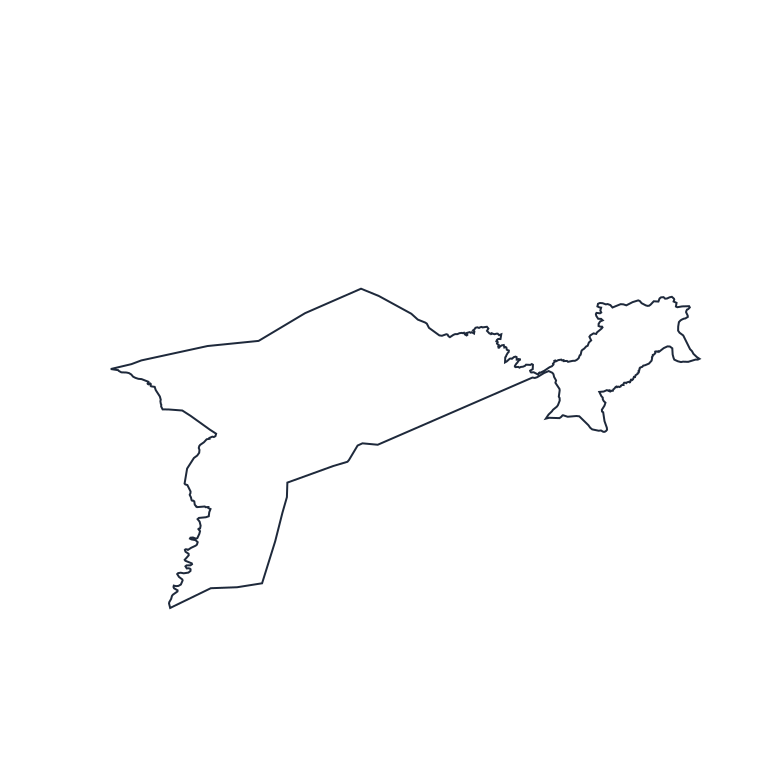 outline of San Pablo Coatlán, Oaxaca, Mexico, rotated 238°
{"feature_id": "50627088B61176301842626", "entity_name": "San Pablo Coatlán", "entity_type": "district", "adm_level": 2, "iso_a3": "MEX", "parent_name": "Mexico", "parent_adm1": "Oaxaca", "projection": "equal_earth", "projection_center": [-96.818, 16.154], "detail": "fine", "context": "isolated", "style": "outline", "palette": "slate", "viewbox_px": 768, "rotation_deg": 238, "n_neighbors": 0, "source": "geoboundaries", "source_scale": "gbopen_adm2", "svg_char_len": 6155}
<svg xmlns="http://www.w3.org/2000/svg" viewBox="0 0 768 768"><g transform="rotate(238 384 384)"><path d="M477.0,415.0L485.9,354.6L487.0,300.5L509.7,254.5L532.6,190.7L534.7,180.3L541.5,160.2L536.6,165.9L535.7,166.0L533.1,167.4L530.2,171.7L528.4,173.5L526.0,174.7L523.2,175.1L521.0,176.4L518.6,178.4L516.6,181.0L510.7,185.4L510.3,185.4L509.7,183.8L509.2,183.7L508.5,184.1L508.2,186.1L507.5,186.2L506.2,185.1L505.4,185.3L503.1,188.0L499.8,187.2L492.2,187.3L488.9,186.3L488.0,185.3L485.4,184.2L484.6,184.2L483.0,183.1L479.8,182.8L476.5,187.9L468.4,198.9L459.5,203.1L437.4,212.2L430.8,215.3L429.1,213.4L429.2,211.6L430.3,210.5L430.8,207.3L430.0,207.0L431.1,204.3L430.0,200.4L429.8,195.9L429.3,194.5L427.9,193.0L425.9,192.6L423.6,190.8L422.3,187.7L422.0,183.6L416.6,172.2L405.2,162.1L404.1,162.3L402.5,163.7L395.4,163.0L394.0,162.0L393.0,160.5L390.1,160.2L387.6,159.3L386.6,159.5L386.2,160.4L385.0,160.9L382.0,159.6L379.5,159.8L379.5,160.1L378.6,160.3L375.1,167.1L374.1,167.4L372.7,169.9L371.8,169.3L369.9,170.6L367.9,167.9L364.7,165.3L365.4,162.3L368.5,156.1L368.2,154.3L365.0,154.7L361.0,153.4L359.0,151.5L359.5,150.0L359.3,149.7L356.7,150.0L354.8,148.0L352.2,144.0L352.5,142.6L355.1,140.6L356.2,138.4L355.7,137.5L354.2,138.4L351.5,141.4L348.6,142.2L346.9,140.2L346.7,138.6L347.3,133.6L347.2,129.8L348.2,129.3L349.0,128.0L348.8,127.2L346.9,126.8L343.6,128.3L342.2,127.6L340.5,121.8L339.3,121.9L333.8,125.9L332.9,125.7L332.8,123.8L334.8,120.4L334.6,119.0L332.1,119.0L331.3,120.6L330.4,121.5L329.4,121.8L328.0,120.8L327.7,118.2L329.6,113.8L331.7,111.6L332.7,109.2L332.4,107.9L329.1,107.9L325.1,109.4L324.1,109.1L321.6,105.5L321.7,102.7L322.8,100.5L324.4,98.9L323.4,97.9L322.0,97.7L318.4,99.6L317.5,98.9L317.2,93.3L316.6,91.8L314.6,89.7L312.8,86.3L311.8,85.4L307.4,84.0L302.6,128.9L289.5,151.7L279.6,175.0L308.3,208.4L328.7,229.7L339.5,241.7L351.6,249.8L341.3,297.7L337.4,311.8L338.1,314.0L345.8,329.0L345.1,334.3L335.8,346.5L310.8,513.3L309.2,515.1L308.6,517.5L308.5,525.6L307.7,530.5L304.3,532.7L302.5,532.9L299.9,532.0L295.8,531.8L294.2,530.0L286.8,530.2L285.5,529.6L280.6,525.5L279.1,525.5L276.8,524.2L273.9,520.3L273.2,518.6L272.6,513.7L271.8,511.8L270.9,507.4L268.9,502.9L267.8,506.2L262.1,514.7L262.2,516.8L262.8,518.8L262.6,519.3L258.9,522.4L254.9,530.2L253.1,532.5L240.8,535.5L237.6,535.7L235.2,536.5L230.6,541.3L229.6,543.4L227.3,544.6L226.5,545.8L226.5,547.4L227.0,548.9L228.8,549.8L235.6,551.3L243.9,554.9L245.1,554.3L246.7,555.1L248.8,559.5L250.8,561.9L252.9,561.3L255.0,561.4L256.6,562.3L258.4,561.9L263.2,562.4L261.2,566.3L260.7,569.7L259.8,570.5L259.1,572.1L258.7,572.1L258.5,571.3L257.7,571.9L257.6,573.8L257.0,574.4L257.9,575.7L258.0,576.9L258.7,578.7L258.7,579.7L257.8,579.9L257.8,581.1L256.7,582.0L256.5,583.4L257.0,583.9L257.0,585.4L256.2,586.6L257.3,587.2L257.8,588.4L257.0,589.7L256.4,589.9L256.6,591.1L255.9,593.4L255.2,593.3L255.1,593.6L256.8,595.7L256.5,596.3L255.9,596.1L255.8,596.5L256.1,597.8L257.6,599.7L256.9,600.6L258.1,601.9L258.2,604.4L258.7,604.8L258.6,605.6L259.2,606.7L260.1,606.7L260.3,607.7L261.0,608.2L261.4,609.0L261.9,609.1L262.2,609.9L261.7,612.2L262.2,613.6L261.6,615.2L260.9,619.5L262.0,623.3L264.2,625.4L264.7,625.4L265.2,626.1L265.4,627.0L266.2,627.4L265.9,628.9L266.6,630.7L267.6,630.9L267.8,631.3L266.8,633.1L266.0,633.4L266.2,634.4L265.6,634.6L266.2,640.2L265.7,644.3L264.3,646.3L261.5,647.4L256.0,644.4L252.7,643.4L250.8,643.1L247.6,645.2L245.2,647.5L244.5,649.4L241.6,653.7L239.6,661.2L238.4,663.0L238.2,664.9L241.0,663.6L245.6,662.4L248.6,662.6L251.4,662.0L266.6,663.5L270.9,661.8L273.4,661.7L276.9,664.0L280.2,666.9L280.8,669.1L280.8,670.8L280.5,672.9L279.9,674.3L279.9,677.2L281.1,677.8L284.7,678.2L285.5,678.8L286.5,680.3L286.3,681.7L286.9,683.9L288.3,684.0L291.8,678.0L293.7,673.4L295.0,672.6L297.8,675.1L300.5,673.3L301.8,674.9L302.7,675.1L305.4,674.3L306.2,672.1L306.5,669.4L307.4,667.6L309.5,667.1L310.7,664.8L310.5,663.0L308.5,660.4L311.2,656.6L310.0,652.0L309.9,650.3L310.6,648.9L311.9,647.7L316.0,645.3L318.8,644.9L320.2,643.9L321.7,638.2L322.3,631.2L324.7,629.2L326.3,627.0L327.8,618.3L331.0,617.8L333.3,616.0L334.0,614.3L336.7,612.2L338.3,610.0L338.6,608.0L336.7,606.1L334.8,607.3L333.7,608.6L331.7,606.4L329.5,606.1L329.5,604.6L331.7,601.9L331.0,600.7L329.2,600.1L325.8,600.2L324.2,602.6L322.1,603.2L322.5,600.5L321.3,597.9L319.5,596.7L318.1,597.7L317.1,599.3L316.2,599.3L315.7,597.9L314.9,592.0L314.0,590.5L315.9,588.5L315.9,584.8L315.2,583.2L311.2,582.8L310.6,579.7L308.5,577.0L308.7,575.3L307.9,572.5L307.8,570.1L307.3,568.9L305.0,566.7L304.5,566.0L304.6,565.2L302.7,562.7L302.3,560.2L302.5,558.2L303.6,556.4L305.3,551.8L306.6,551.4L308.2,548.5L309.1,548.9L309.7,547.5L310.7,547.3L311.9,544.5L312.1,542.0L313.2,541.7L313.4,540.7L312.2,540.1L311.7,538.1L310.7,538.0L310.1,535.8L310.5,533.3L310.3,526.9L310.8,522.1L311.3,521.9L311.2,521.0L310.3,519.7L314.6,517.2L315.8,514.9L316.9,514.7L317.9,515.0L317.8,518.0L321.4,520.5L322.6,519.9L322.6,518.3L325.1,514.7L324.7,513.2L325.0,511.1L326.0,509.0L326.1,507.5L327.3,507.0L328.6,504.5L329.4,504.2L330.0,504.6L331.2,507.2L331.4,508.3L332.4,510.3L332.5,512.2L332.9,512.4L333.9,511.3L334.4,509.5L336.6,510.7L337.5,510.1L338.0,508.4L337.6,505.8L338.3,505.3L338.8,504.0L338.1,500.1L338.2,498.1L342.4,501.0L342.7,502.1L343.4,502.8L344.8,505.4L345.0,506.6L346.2,507.6L348.0,506.3L350.1,507.1L351.0,506.7L351.2,505.4L353.6,506.2L354.4,504.2L354.3,502.0L353.8,501.0L354.1,500.4L355.4,500.8L356.2,502.0L358.4,501.2L358.9,501.6L359.2,502.6L360.7,502.8L360.9,502.3L361.5,503.1L361.7,504.7L360.4,506.6L364.0,509.8L364.4,507.5L366.4,507.1L367.1,506.0L367.6,504.2L369.3,502.6L369.5,501.6L370.1,501.9L370.3,500.8L371.0,500.2L374.5,499.5L375.7,501.9L378.0,501.6L379.8,497.5L380.6,497.1L381.1,495.8L381.2,494.3L382.6,493.2L383.2,491.4L382.4,489.6L382.3,488.0L380.7,488.5L379.1,487.1L381.4,485.9L381.5,484.7L382.6,484.1L383.5,480.9L381.5,480.7L381.4,479.8L383.1,478.9L385.1,479.0L385.3,477.8L386.1,477.1L387.1,474.9L387.4,472.7L388.6,470.7L388.9,469.0L388.8,464.7L390.3,464.0L392.2,464.1L393.2,463.2L394.2,458.7L395.9,456.7L407.8,451.9L412.5,452.3L414.3,451.5L420.7,446.8L429.1,444.4L461.3,426.3L477.0,415.0Z" fill="none" stroke="#1e293b" stroke-width="2"/></g></svg>